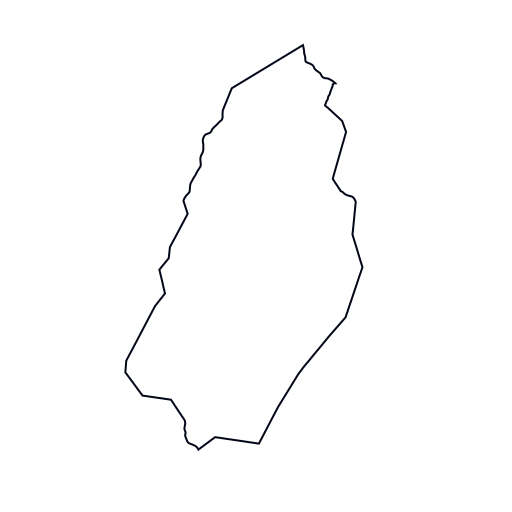 Cecen-Uul, Dzavhan, Mongolia, rotated 137°
{"feature_id": "93677404B97327496831925", "entity_name": "Cecen-Uul", "entity_type": "district", "adm_level": 2, "iso_a3": "MNG", "parent_name": "Mongolia", "parent_adm1": "Dzavhan", "projection": "albers", "projection_center": [95.751, 48.577], "detail": "fine", "context": "isolated", "style": "outline", "palette": "ink", "viewbox_px": 512, "rotation_deg": 137, "n_neighbors": 0, "source": "geoboundaries", "source_scale": "gbopen_adm2", "svg_char_len": 4158}
<svg xmlns="http://www.w3.org/2000/svg" viewBox="0 0 512 512"><g transform="rotate(137 256 256)"><path d="M422.3,267.9L430.9,260.0L434.2,231.3L416.2,208.9L418.4,195.7L419.1,191.2L420.2,184.5L421.3,182.6L421.7,182.1L422.3,181.4L423.1,181.0L423.6,180.6L423.9,180.3L424.1,180.1L424.9,179.6L425.7,178.9L426.2,178.4L426.6,177.8L427.2,176.5L427.5,175.6L427.7,175.2L428.0,174.9L428.5,174.3L429.4,173.8L430.1,173.2L430.8,172.1L431.6,170.1L432.4,168.0L432.6,167.3L432.7,167.1L432.8,166.3L432.8,165.4L432.5,164.5L432.1,163.4L431.5,162.4L431.2,161.7L430.4,159.7L430.0,158.9L429.8,157.7L429.7,156.9L429.6,156.7L429.6,156.1L429.7,155.5L430.2,153.7L409.5,151.4L406.3,147.5L405.9,147.0L405.2,146.0L404.8,145.6L404.2,144.8L403.8,144.3L400.5,140.2L400.1,139.7L398.5,137.7L398.0,137.0L397.6,136.6L396.8,135.6L389.3,126.2L388.7,125.4L381.8,116.8L362.0,123.8L361.2,124.1L342.9,130.5L305.9,140.7L296.5,142.4L294.7,142.6L294.2,142.7L291.7,143.0L291.2,143.0L283.2,144.1L275.6,145.1L275.2,145.1L257.1,147.5L237.8,149.5L237.7,149.5L232.2,150.1L228.6,152.1L226.4,153.2L226.4,153.3L221.8,155.8L221.7,155.8L218.3,157.7L218.2,157.7L198.6,168.3L195.2,170.2L190.4,172.7L185.8,175.2L181.6,183.9L179.9,187.3L179.8,187.5L176.1,195.0L170.9,205.8L164.1,211.7L163.8,212.0L146.1,227.6L145.4,229.6L145.2,230.5L145.0,231.5L145.0,232.2L145.1,233.1L145.3,234.0L145.8,234.8L146.2,235.4L146.5,236.0L147.4,237.5L148.0,238.4L148.3,239.3L148.6,240.2L148.9,241.4L148.9,241.9L148.9,242.7L149.0,243.4L149.1,243.9L149.3,244.5L149.5,245.1L149.8,245.6L148.6,252.1L148.6,252.5L147.7,257.7L147.2,260.1L143.7,262.3L127.1,272.3L105.5,285.3L100.9,296.0L102.4,315.7L102.4,315.9L102.5,316.2L102.5,316.4L102.9,318.6L102.8,319.0L102.7,319.1L102.6,319.3L102.4,319.4L102.0,319.5L101.6,319.7L101.2,319.9L100.6,320.2L99.6,320.8L98.5,321.2L97.7,321.3L97.1,321.6L96.7,321.8L96.2,322.0L95.7,322.3L95.4,322.6L94.6,323.2L94.2,323.4L93.4,323.6L92.9,323.7L92.1,323.9L91.4,324.2L91.0,324.5L90.6,324.9L90.2,325.1L89.6,325.3L87.7,326.3L86.8,326.7L85.9,327.3L85.3,327.4L84.8,327.6L84.4,327.9L84.1,328.0L83.8,328.3L83.5,328.5L83.4,328.6L83.1,329.0L82.9,329.1L82.5,329.1L81.8,329.1L81.4,329.1L81.1,328.9L80.8,328.7L80.2,328.2L80.2,329.2L80.3,329.6L80.4,330.5L80.5,331.3L80.9,332.8L82.0,336.0L82.5,336.9L83.0,337.6L83.4,338.0L84.1,338.8L84.3,339.1L84.6,339.4L84.8,340.0L85.1,340.8L85.2,341.2L85.2,341.5L85.2,342.1L85.2,342.6L85.1,343.2L85.0,343.5L84.6,344.8L84.5,345.4L84.4,346.0L84.5,346.5L84.7,347.3L85.3,350.4L85.4,351.7L85.4,352.9L85.3,353.4L84.9,354.4L84.7,355.2L84.5,355.7L84.5,356.1L84.5,356.9L84.6,357.7L84.8,358.4L85.3,359.7L86.9,363.3L87.0,363.8L87.0,364.4L86.9,364.8L86.7,365.1L86.4,365.4L85.9,366.1L84.7,367.5L84.1,368.4L82.9,370.6L82.5,371.4L82.2,371.9L81.1,373.0L79.9,374.8L77.8,378.2L159.3,395.2L180.9,385.2L182.9,383.4L184.0,382.3L184.9,381.2L185.8,380.3L186.3,379.8L187.0,379.5L187.5,379.2L188.2,379.0L188.8,378.9L189.3,378.9L190.0,379.0L190.4,379.0L191.1,379.0L191.5,379.0L192.0,379.0L192.6,379.0L193.9,378.9L194.5,378.8L196.0,378.8L197.5,378.8L198.7,378.8L200.5,378.7L201.3,378.6L202.3,378.3L203.3,377.8L204.1,377.6L204.8,377.5L205.2,377.5L205.8,377.6L206.5,377.8L207.7,378.3L208.6,378.7L209.5,379.0L210.3,379.2L210.9,379.2L211.9,379.1L212.6,378.8L214.1,378.2L215.2,377.6L216.3,376.6L217.0,375.6L217.6,374.8L218.1,374.0L218.7,373.2L219.6,372.3L221.9,369.8L223.3,368.7L224.0,368.3L225.4,367.7L227.0,367.2L228.3,366.6L229.1,366.0L229.7,365.7L230.5,364.9L231.1,364.3L231.7,363.5L232.8,362.1L233.9,360.7L234.4,360.2L235.0,359.7L235.6,359.4L236.5,359.1L237.8,358.8L238.8,358.5L239.5,358.4L242.5,357.5L244.8,356.6L246.2,356.2L247.6,355.9L248.9,355.5L250.3,355.0L250.8,354.8L252.6,354.3L253.5,354.0L254.4,353.6L255.6,352.9L256.0,352.5L256.5,352.1L258.0,350.8L259.0,349.8L260.2,348.7L260.9,348.3L261.7,348.1L262.7,347.9L263.8,347.9L264.9,347.8L266.1,347.7L266.8,347.6L267.8,347.3L268.8,347.1L269.7,346.7L270.6,346.3L271.5,345.7L277.2,333.5L279.1,332.8L304.6,324.0L305.0,323.9L312.9,321.2L321.3,313.9L336.0,311.9L341.8,301.6L343.7,298.4L343.8,298.1L344.3,297.4L348.1,290.7L350.6,290.3L351.2,290.2L353.5,289.8L354.0,289.8L364.1,288.2L408.1,272.8L410.4,272.0L422.3,267.9Z" fill="none" stroke="#020617" stroke-width="2"/></g></svg>